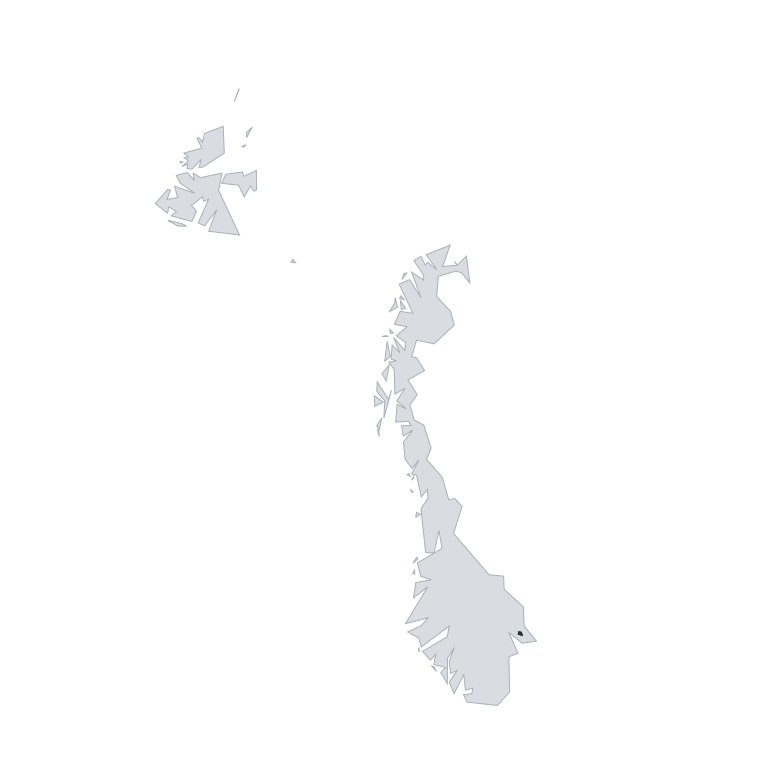 Skiptvet nor, Østfold, Norway shown in context, rotated 320°
{"feature_id": "86288312B781121604536", "entity_name": "Skiptvet nor", "entity_type": "district", "adm_level": 2, "iso_a3": "NOR", "parent_name": "Norway", "parent_adm1": "Østfold", "projection": "albers", "projection_center": [11.103, 59.471], "detail": "fine", "context": "in_parent", "style": "filled", "palette": "slate", "viewbox_px": 768, "rotation_deg": 320, "n_neighbors": 0, "source": "geoboundaries", "source_scale": "gbopen_adm2", "svg_char_len": 4561}
<svg xmlns="http://www.w3.org/2000/svg" viewBox="0 0 768 768"><g transform="rotate(320 384 384)"><path d="M437.1,371.4L422.7,380.8L425.8,385.3L423.7,399.8L405.0,396.3L402.6,413.5L390.3,416.7L384.0,430.7L388.0,441.1L378.9,463.3L368.1,469.1L368.6,493.0L359.2,514.2L364.7,517.4L365.0,528.0L341.2,543.2L341.8,597.6L352.1,608.1L344.1,618.4L347.4,644.4L335.8,659.5L335.4,678.9L323.3,671.4L319.9,654.5L313.5,676.4L304.3,673.2L282.3,700.6L264.3,703.2L243.2,681.2L245.3,673.0L252.2,677.7L256.5,674.2L249.6,670.9L258.2,658.0L238.7,666.2L242.3,654.4L256.0,650.4L249.0,648.5L255.8,638.3L268.6,631.0L256.2,635.0L239.9,654.3L242.0,641.4L249.0,640.9L241.9,630.9L249.8,624.5L242.1,625.4L241.7,613.6L270.0,618.3L278.4,611.3L243.4,609.4L247.4,601.1L242.8,589.2L257.5,593.1L267.4,591.4L246.5,581.4L287.2,567.5L269.1,566.8L280.8,556.5L294.4,564.5L288.6,555.1L294.6,542.6L322.9,547.2L331.9,531.5L313.7,545.6L307.5,539.9L332.1,503.4L344.6,499.7L349.4,492.6L339.9,494.5L350.4,474.8L347.3,470.7L361.9,464.5L351.1,466.8L351.9,455.0L361.7,440.9L376.4,437.7L365.3,436.3L370.7,427.3L378.2,433.3L378.9,428.3L368.5,420.7L381.0,407.9L385.1,417.5L383.0,405.2L397.3,400.8L385.8,398.8L401.1,379.5L401.8,370.4L408.5,374.2L405.4,369.5L415.3,359.3L416.2,370.1L421.3,354.5L421.4,371.8L427.2,365.8L424.4,354.9L438.4,355.0L430.4,344.9L443.0,338.7L451.6,348.4L459.8,317.3L470.7,320.5L467.8,341.6L477.1,316.2L481.1,329.9L484.3,326.1L486.2,308.8L494.5,310.0L492.0,319.4L495.6,318.7L497.9,330.4L499.5,312.0L523.9,320.1L504.4,331.7L516.4,340.1L529.3,339.0L514.6,361.9L514.9,348.5L511.5,343.6L494.8,336.5L480.6,350.9L481.7,371.1L475.7,384.0L448.2,385.5L437.1,371.4ZM359.0,90.7L369.4,95.7L369.4,105.7L373.4,99.9L376.1,108.0L395.5,118.3L381.8,129.3L369.1,177.0L347.9,154.3L367.8,143.0L348.3,147.5L345.2,141.1L368.4,129.8L363.3,128.1L365.2,123.9L351.2,123.4L351.3,131.1L341.3,136.0L329.1,118.4L335.9,118.3L333.0,110.0L328.0,114.0L324.7,98.8L343.5,96.0L345.0,98.3L336.5,103.2L345.7,108.5L350.7,98.0L361.7,116.4L357.0,98.9L359.0,90.7ZM379.2,78.5L396.1,86.1L398.7,75.5L400.7,76.3L400.5,82.0L407.5,76.7L426.5,83.2L410.1,104.4L384.7,101.4L381.5,99.3L387.9,94.6L375.1,96.0L371.7,92.3L375.1,89.4L369.1,87.5L377.9,87.2L376.3,82.3L380.0,84.3L379.2,78.5ZM397.5,121.6L411.7,130.5L410.2,134.9L423.5,138.3L411.2,153.3L408.4,152.7L409.1,146.4L397.2,150.8L400.4,138.3L388.7,125.9L397.5,121.6ZM377.6,398.6L385.8,393.5L361.9,410.1L373.8,397.3L373.7,385.1L380.1,378.1L377.6,398.6ZM389.0,374.8L400.1,372.8L387.7,383.2L389.0,374.8ZM399.3,367.0L413.7,353.4L406.8,366.8L399.3,367.0ZM323.7,119.6L332.2,131.2L334.3,136.2L327.5,130.5L323.7,119.6ZM369.1,386.6L371.7,397.4L362.5,395.2L369.1,386.6ZM448.1,325.2L443.6,333.9L434.8,332.0L444.0,328.9L448.1,325.2ZM450.2,330.5L449.2,339.9L445.2,338.1L450.2,330.5ZM351.5,411.4L360.3,408.6L350.8,416.2L351.5,411.4ZM462.2,65.4L450.8,71.4L462.4,64.8L462.2,65.4ZM440.3,103.1L448.3,102.5L437.1,106.9L440.3,103.1ZM464.9,315.5L470.5,312.2L472.8,313.6L464.9,315.5ZM453.8,327.4L453.4,332.4L451.0,328.6L453.8,327.4ZM423.4,346.0L424.0,350.9L421.4,349.5L423.4,346.0ZM394.3,229.8L394.1,234.3L391.2,231.0L394.3,229.8ZM432.3,112.1L428.7,112.4L428.0,110.9L432.3,112.1ZM326.3,503.3L328.3,507.4L322.8,506.4L326.3,503.3ZM412.8,346.4L416.1,347.8L418.3,350.4L412.8,346.4ZM370.8,82.3L372.5,84.7L370.2,84.0L370.8,82.3ZM297.4,539.7L291.0,539.9L297.8,537.7L297.4,539.7ZM287.9,546.1L285.3,549.4L284.3,547.5L287.9,546.1ZM349.4,417.3L346.5,421.3L349.6,414.6L349.4,417.3ZM240.5,632.5L239.3,637.9L239.4,630.6L240.5,632.5ZM344.8,471.6L343.4,468.4L345.3,468.5L344.8,471.6ZM516.5,335.3L516.9,339.2L516.5,338.7L516.5,335.3ZM346.6,474.7L343.2,475.4L347.3,473.8L346.6,474.7ZM336.6,482.3L337.0,485.5L335.3,484.5L336.6,482.3ZM240.8,608.8L238.8,612.1L239.5,609.3L240.8,608.8Z" fill="#d9dde1" stroke="#a8b0b8" stroke-width="1"/><path d="M327.8,664.7L327.9,664.8L328.0,664.9L328.0,665.0L328.1,665.3L328.3,665.2L328.5,665.1L328.6,664.8L328.6,664.7L328.6,664.4L328.8,664.0L328.9,663.9L328.9,663.7L329.1,663.3L329.1,663.2L329.3,662.7L329.4,662.4L329.2,662.2L329.0,661.8L329.0,661.7L328.9,661.6L328.7,661.4L328.6,661.1L328.4,661.0L328.2,661.1L327.9,661.0L327.9,660.9L327.7,660.8L327.7,661.0L327.5,661.3L327.4,661.3L327.4,661.2L327.3,661.3L327.2,661.4L327.2,661.5L326.9,661.7L326.9,661.8L326.8,662.0L326.7,662.0L326.8,662.2L326.7,662.2L326.8,662.2L326.8,662.3L326.7,662.3L326.8,662.4L326.7,662.4L326.7,662.5L326.8,662.5L326.9,662.8L326.9,663.0L327.0,663.1L327.0,663.3L327.1,663.5L327.3,663.6L327.4,663.8L327.5,663.8L327.6,664.0L327.7,664.3L327.8,664.4L327.8,664.5L327.8,664.7Z" fill="#64748b" stroke="#1e293b" stroke-width="1.5"/></g></svg>